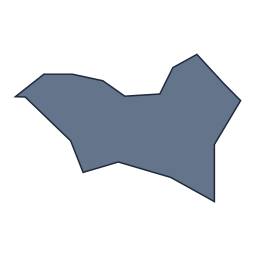 Livadia Lefosias, Nicosia, Cyprus (Mercator projection)
{"feature_id": "46923920B98591883747598", "entity_name": "Livadia Lefosias", "entity_type": "district", "adm_level": 2, "iso_a3": "CYP", "parent_name": "Cyprus", "parent_adm1": "Nicosia", "projection": "mercator", "projection_center": [33.012, 34.95], "detail": "fine", "context": "isolated", "style": "filled", "palette": "slate", "viewbox_px": 256, "rotation_deg": 0, "n_neighbors": 0, "source": "geoboundaries", "source_scale": "gbopen_adm2", "svg_char_len": 342}
<svg xmlns="http://www.w3.org/2000/svg" viewBox="0 0 256 256"><path d="M214.4,201.6L214.4,144.5L240.6,100.6L223.2,83.0L196.9,54.4L172.9,67.6L159.8,94.0L124.8,96.2L102.9,80.8L72.3,74.2L43.9,74.2L32.2,83.4L15.4,96.7L25.2,97.0L70.7,140.9L83.1,172.4L118.2,162.0L170.7,177.4L214.4,201.6Z" fill="#64748b" stroke="#1e293b" stroke-width="1.5"/></svg>